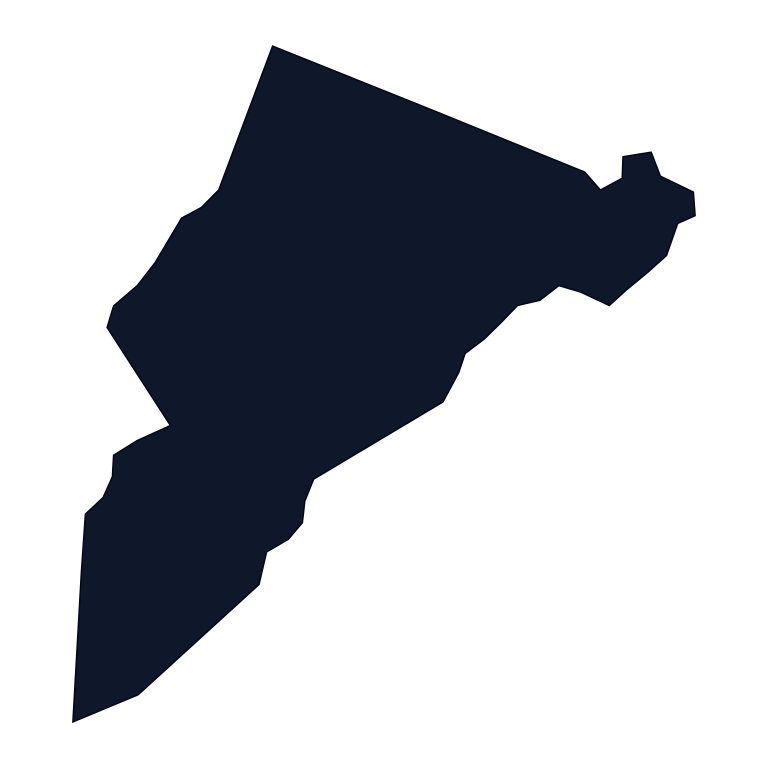 Chã de Alegria, Pernambuco, Brazil (Albers equal-area conic projection)
{"feature_id": "56859067B74341974682366", "entity_name": "Chã de Alegria", "entity_type": "district", "adm_level": 2, "iso_a3": "BRA", "parent_name": "Brazil", "parent_adm1": "Pernambuco", "projection": "albers", "projection_center": [-35.213, -8.007], "detail": "fine", "context": "isolated", "style": "filled", "palette": "ink", "viewbox_px": 768, "rotation_deg": 0, "n_neighbors": 0, "source": "geoboundaries", "source_scale": "gbopen_adm2", "svg_char_len": 692}
<svg xmlns="http://www.w3.org/2000/svg" viewBox="0 0 768 768"><path d="M693.4,192.1L660.4,176.2L651.2,152.2L623.0,156.7L622.2,178.2L600.4,190.0L584.7,172.1L433.7,110.7L272.6,46.1L218.7,190.0L201.3,207.5L181.6,218.1L155.0,262.8L137.3,285.6L113.6,305.9L107.1,327.5L170.4,425.5L137.3,440.5L113.6,455.2L112.4,476.7L103.1,497.5L85.4,514.1L81.4,571.9L72.9,721.9L138.2,694.7L259.0,584.5L266.6,551.9L288.3,539.3L302.4,522.7L304.8,501.1L313.7,479.1L443.0,401.9L458.7,372.6L465.1,353.5L484.4,338.9L502.2,321.4L517.5,305.5L540.0,300.2L558.9,285.6L580.7,292.1L609.3,305.5L626.2,290.1L647.9,272.2L666.5,255.5L677.7,223.4L695.1,215.7L693.4,192.1Z" fill="#0f172a" stroke="#020617" stroke-width="1.5"/></svg>